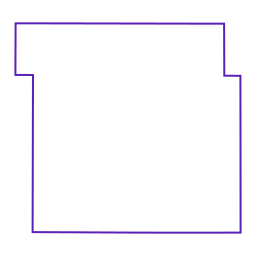 outline of Hamilton, Iowa, United States of America
{"feature_id": "52423323B92717538873047", "entity_name": "Hamilton", "entity_type": "district", "adm_level": 2, "iso_a3": "USA", "parent_name": "United States of America", "parent_adm1": "Iowa", "projection": "orthographic", "projection_center": [-93.664, 42.384], "detail": "fine", "context": "isolated", "style": "outline", "palette": "violet", "viewbox_px": 256, "rotation_deg": 0, "n_neighbors": 0, "source": "geoboundaries", "source_scale": "gbopen_adm2", "svg_char_len": 260}
<svg xmlns="http://www.w3.org/2000/svg" viewBox="0 0 256 256"><path d="M224.1,23.7L15.6,23.3L15.4,74.9L33.0,75.0L32.6,232.1L136.1,232.6L188.0,232.7L240.6,232.6L240.5,128.0L240.4,75.8L224.3,75.7L224.1,23.7Z" fill="none" stroke="#5b21b6" stroke-width="2"/></svg>